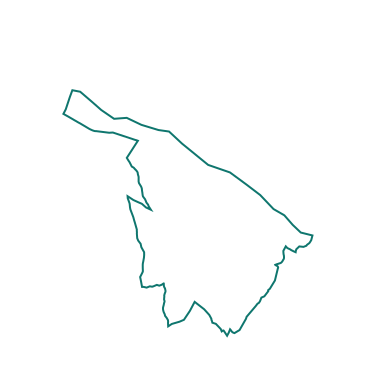 Ga North Municipal, Greater Accra, Ghana (Albers equal-area conic projection), rotated 153°
{"feature_id": "2480657B39319620746428", "entity_name": "Ga North Municipal", "entity_type": "district", "adm_level": 2, "iso_a3": "GHA", "parent_name": "Ghana", "parent_adm1": "Greater Accra", "projection": "albers", "projection_center": [-0.267, 5.712], "detail": "fine", "context": "isolated", "style": "outline", "palette": "teal", "viewbox_px": 384, "rotation_deg": 153, "n_neighbors": 0, "source": "geoboundaries", "source_scale": "gbopen_adm2", "svg_char_len": 3585}
<svg xmlns="http://www.w3.org/2000/svg" viewBox="0 0 384 384"><g transform="rotate(153 192 192)"><path d="M279.6,130.1L278.3,129.5L275.8,127.4L272.4,127.1L271.7,126.6L270.9,126.0L270.5,125.7L270.1,125.7L269.6,125.5L265.5,125.2L263.7,123.4L260.9,123.1L260.1,123.3L258.8,123.4L258.7,123.3L259.6,121.3L259.8,120.7L259.9,119.9L259.9,119.0L259.8,118.5L259.8,118.4L260.5,115.9L261.0,115.1L261.6,114.6L262.7,113.6L263.1,113.1L263.6,112.6L264.3,111.1L264.8,110.4L265.2,109.7L265.4,109.4L265.6,109.1L265.8,108.4L265.9,107.6L266.1,107.1L266.3,106.7L267.5,105.5L268.0,104.8L268.5,104.2L268.9,103.7L269.3,103.3L270.4,102.0L270.8,101.2L271.0,100.7L271.2,100.3L271.4,99.5L271.7,98.2L271.8,96.3L271.8,95.4L272.2,94.0L272.1,93.6L272.1,93.2L271.9,92.4L271.7,91.2L271.6,88.8L272.0,87.6L272.7,86.4L273.7,84.3L274.2,83.1L269.9,83.6L262.0,82.1L257.2,81.8L247.9,87.0L239.5,92.9L234.4,82.0L232.4,74.6L232.3,70.3L232.7,69.3L232.8,67.8L233.2,66.3L232.0,65.1L230.6,63.7L228.6,56.9L228.8,54.3L227.1,54.5L226.8,54.3L226.6,53.4L226.0,48.0L223.1,50.0L220.4,52.4L220.2,51.7L220.0,50.3L219.8,49.3L219.8,49.2L219.6,48.8L219.5,48.5L219.4,48.4L218.8,47.6L218.2,47.0L212.3,47.4L201.5,54.5L200.0,56.0L187.1,61.4L184.4,62.7L182.6,62.9L180.9,63.9L178.1,66.4L174.9,66.2L169.1,69.0L168.9,69.7L168.6,70.0L166.6,70.4L165.8,70.9L158.3,75.5L150.4,84.7L149.6,85.5L149.4,86.2L149.5,86.5L149.5,87.0L149.8,87.6L150.6,88.7L150.9,89.2L150.9,89.3L148.9,89.1L148.0,88.9L147.1,88.8L146.1,88.6L145.0,88.5L144.1,88.7L143.4,89.0L142.6,89.4L142.0,89.9L141.2,90.3L140.8,90.6L140.5,90.8L139.9,91.6L139.6,92.2L139.2,93.1L138.9,93.9L138.8,94.5L138.6,95.1L138.1,96.4L137.6,97.5L137.3,98.1L133.1,101.0L132.5,98.8L130.5,96.2L130.0,95.2L128.3,92.9L127.0,91.3L126.3,92.3L125.1,93.6L121.1,94.8L117.6,92.5L114.5,92.2L113.8,92.6L113.2,92.8L112.5,92.9L111.8,93.0L110.7,93.2L109.9,93.6L109.2,94.0L108.4,94.5L107.7,94.9L104.4,98.6L113.5,106.5L117.2,117.0L120.3,129.3L127.1,139.8L132.6,158.3L140.0,173.7L149.3,192.2L165.3,208.8L178.9,239.6L185.0,256.3L193.7,262.4L206.6,274.8L216.5,287.7L228.2,292.6L235.6,306.2L240.5,318.5L246.1,332.1L252.4,337.0L257.9,331.9L266.9,323.0L271.1,320.0L268.8,316.5L268.5,316.1L266.3,312.7L265.0,310.7L263.9,308.9L263.7,308.7L261.8,305.7L260.4,303.7L259.6,302.4L257.3,298.8L256.5,297.5L254.6,294.5L254.1,293.9L253.5,293.1L252.6,292.0L251.8,291.2L251.2,290.6L250.6,290.2L250.0,289.9L238.9,282.4L235.5,280.9L217.0,262.2L234.6,252.0L234.3,248.3L234.1,247.1L234.1,242.1L234.0,241.8L233.1,240.5L232.8,239.9L232.6,238.7L232.4,238.4L232.3,237.7L232.1,237.4L231.6,235.1L231.6,234.0L232.2,232.3L232.6,230.1L232.9,229.3L234.8,225.6L235.1,224.4L235.2,224.0L235.0,221.5L235.0,221.0L234.9,220.6L234.9,220.3L234.9,219.6L235.1,218.0L235.6,216.7L236.1,215.3L236.2,215.0L236.3,214.7L236.6,213.7L236.9,213.0L237.2,212.1L237.4,211.6L237.7,210.3L237.1,206.7L237.2,206.0L237.2,205.3L237.3,204.3L237.4,203.6L237.3,202.5L237.1,201.9L237.1,201.6L236.9,200.5L237.1,199.1L237.1,198.9L236.7,194.9L240.0,199.1L242.0,204.2L244.8,207.6L247.4,210.9L247.9,211.5L248.2,212.1L251.3,217.5L252.1,215.6L252.4,213.2L252.6,211.7L252.7,210.9L252.8,210.2L253.1,209.3L253.5,208.3L254.2,206.5L254.5,205.5L254.8,204.5L255.1,201.8L255.7,196.3L256.4,193.0L256.8,190.7L258.2,183.6L259.0,182.1L259.2,181.4L260.0,180.0L261.8,175.7L262.0,173.1L261.3,169.2L262.2,165.8L262.0,160.4L262.0,160.2L262.2,159.6L262.8,158.5L263.1,157.8L263.7,156.8L264.7,155.2L265.4,154.3L266.9,152.3L268.2,150.7L268.7,149.9L269.0,149.4L269.3,148.8L270.3,146.8L271.6,144.0L271.9,143.5L272.2,143.3L272.4,143.0L276.8,139.8L278.0,135.5L279.6,130.1Z" fill="none" stroke="#0f766e" stroke-width="2"/></g></svg>